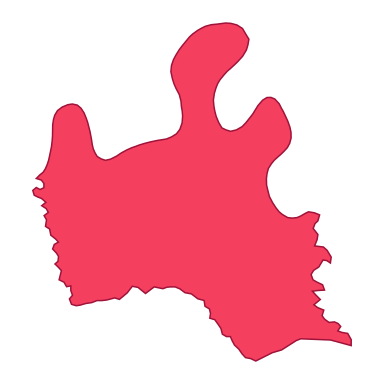 the district of Alpestre, Rio Grande do Sul, Brazil
{"feature_id": "56859067B81551762900841", "entity_name": "Alpestre", "entity_type": "district", "adm_level": 2, "iso_a3": "BRA", "parent_name": "Brazil", "parent_adm1": "Rio Grande do Sul", "projection": "orthographic", "projection_center": [-53.064, -27.203], "detail": "fine", "context": "isolated", "style": "filled", "palette": "rose", "viewbox_px": 384, "rotation_deg": 0, "n_neighbors": 0, "source": "geoboundaries", "source_scale": "gbopen_adm2", "svg_char_len": 3174}
<svg xmlns="http://www.w3.org/2000/svg" viewBox="0 0 384 384"><path d="M248.9,39.2L245.7,34.0L242.5,28.5L237.0,25.0L231.1,23.4L225.8,23.0L221.9,23.5L217.4,24.1L211.2,24.7L205.3,26.3L201.3,28.3L197.5,30.5L192.8,33.9L189.6,36.8L185.9,41.3L182.2,45.8L179.3,49.6L176.0,54.9L173.4,59.8L171.5,65.4L170.9,71.7L172.4,78.7L174.0,83.8L176.1,88.6L179.3,94.6L181.0,101.2L181.4,106.5L182.2,111.0L182.6,116.1L182.1,122.9L179.9,129.3L176.5,133.8L171.5,136.9L166.4,139.0L162.7,139.6L157.6,140.4L150.8,141.8L144.2,143.5L139.0,145.1L135.6,146.4L131.8,147.7L126.9,149.9L121.5,152.8L116.6,156.1L110.4,159.2L105.4,160.3L101.2,158.9L97.2,156.5L95.1,153.0L93.3,149.0L92.3,144.8L91.4,138.9L90.0,131.5L88.8,126.9L87.7,122.5L86.1,117.9L84.1,113.0L81.0,108.2L77.3,105.1L72.3,104.0L67.8,104.7L62.1,107.1L57.5,110.6L54.8,115.1L53.5,119.4L52.7,124.9L52.6,130.4L52.5,136.1L52.1,141.4L51.5,146.5L50.4,152.0L49.5,156.2L48.6,160.3L47.2,164.6L45.3,168.9L43.1,172.3L39.7,175.0L36.3,178.5L41.4,180.1L43.9,183.5L43.9,187.7L40.0,189.5L36.3,187.5L32.8,190.4L34.2,195.2L37.7,197.0L41.4,198.4L45.9,202.3L41.7,205.7L46.2,208.6L48.3,212.4L44.1,215.6L46.5,219.8L45.5,226.4L49.6,229.0L50.8,235.2L55.5,238.9L58.4,242.1L54.3,244.4L52.6,249.0L56.3,252.9L58.5,256.3L58.0,261.3L55.0,264.0L57.9,266.8L61.4,270.6L60.1,275.8L59.1,279.8L64.0,282.2L66.6,286.7L70.8,285.9L70.8,290.5L72.5,295.3L69.4,298.9L71.5,304.3L76.1,305.7L79.9,305.2L85.8,303.5L91.8,302.6L96.9,300.6L101.5,300.6L106.7,300.0L110.6,299.0L114.8,297.9L119.4,299.4L127.2,292.9L132.3,286.3L138.0,287.4L145.5,293.5L154.2,286.9L162.9,288.7L167.0,287.2L170.7,286.9L175.2,286.9L179.9,288.9L185.0,292.7L191.4,293.9L197.8,298.8L204.1,300.5L205.0,306.3L209.4,308.9L210.5,313.5L209.8,318.2L214.8,319.7L218.1,324.3L220.9,328.4L222.4,334.2L226.5,336.6L230.4,336.6L232.2,340.8L234.5,345.1L238.8,349.1L242.1,353.9L245.5,357.6L250.7,358.6L255.8,361.0L272.3,352.7L281.7,349.9L296.2,340.6L300.8,338.8L330.5,340.0L351.2,345.6L351.2,339.6L347.7,333.4L341.8,332.4L337.8,330.9L340.7,326.5L338.1,323.5L334.5,321.9L329.0,322.4L324.5,319.1L322.1,315.7L323.8,310.1L317.7,307.6L313.9,304.8L320.3,299.5L316.3,295.5L312.4,291.2L317.8,290.5L324.5,290.1L322.6,284.8L316.9,282.1L313.0,279.8L311.1,274.5L313.7,270.3L318.8,267.0L323.0,260.0L326.8,260.6L330.4,263.0L331.2,257.1L327.1,250.3L323.4,247.0L314.6,245.9L317.1,239.7L317.9,234.5L313.2,228.5L315.0,223.6L317.9,220.9L319.6,214.9L314.5,212.8L308.5,211.8L305.2,213.4L300.7,216.0L297.0,217.6L292.2,218.1L287.7,217.6L282.4,214.5L279.1,211.8L276.0,207.9L272.6,202.7L269.4,196.5L267.9,190.6L266.6,185.3L266.4,178.7L267.0,173.7L268.4,168.4L271.5,163.6L274.2,160.3L277.8,157.0L280.7,154.5L283.8,151.5L287.3,147.7L289.7,143.3L291.1,137.9L291.0,132.3L289.9,127.1L287.9,121.4L285.5,116.2L283.4,111.7L281.5,108.4L279.2,103.8L274.8,99.0L270.9,97.4L267.0,97.5L262.7,100.1L258.0,105.5L255.1,110.2L252.7,114.1L249.1,118.7L245.9,122.7L242.2,126.6L236.4,129.9L230.6,131.3L226.0,129.9L221.9,127.9L218.8,122.7L216.2,116.5L214.8,111.1L213.9,106.0L213.4,100.2L214.3,93.6L215.9,88.2L217.6,83.8L219.9,79.9L223.8,75.1L227.2,71.3L230.9,68.1L233.6,65.6L237.5,61.9L242.6,56.3L246.4,50.0L247.9,45.0L248.9,39.2Z" fill="#f43f5e" stroke="#9f1239" stroke-width="1.5"/></svg>